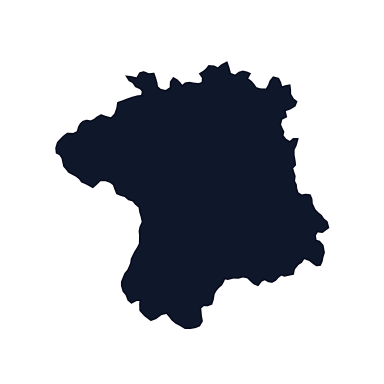 the district of Betim, Minas Gerais, Brazil, rotated 193°
{"feature_id": "56859067B86434852333511", "entity_name": "Betim", "entity_type": "district", "adm_level": 2, "iso_a3": "BRA", "parent_name": "Brazil", "parent_adm1": "Minas Gerais", "projection": "albers", "projection_center": [-44.196, -19.942], "detail": "fine", "context": "isolated", "style": "filled", "palette": "ink", "viewbox_px": 384, "rotation_deg": 193, "n_neighbors": 0, "source": "geoboundaries", "source_scale": "gbopen_adm2", "svg_char_len": 2958}
<svg xmlns="http://www.w3.org/2000/svg" viewBox="0 0 384 384"><g transform="rotate(193 192 192)"><path d="M226.0,70.3L221.9,73.9L218.1,74.9L217.5,70.9L215.9,64.9L210.3,61.0L206.8,59.4L203.2,57.8L198.8,60.7L194.6,65.7L189.5,68.3L185.2,65.1L182.7,63.0L178.2,60.7L173.5,59.5L168.2,57.7L163.1,58.8L158.2,60.9L154.7,63.4L153.1,68.5L155.2,73.3L156.3,76.8L157.7,80.8L155.2,84.2L151.5,84.8L147.7,87.3L147.3,92.0L147.7,97.7L146.6,101.4L144.8,105.0L142.4,108.1L141.4,111.6L140.8,115.0L137.4,115.1L132.4,117.7L127.6,118.6L123.4,120.9L118.7,121.1L115.1,118.9L111.2,116.7L106.7,115.9L104.4,120.9L101.4,123.2L97.4,122.0L93.8,122.2L90.9,124.8L89.0,128.3L86.4,131.4L83.0,131.0L79.5,132.7L74.9,134.8L75.1,139.8L72.4,145.4L69.6,148.2L68.1,152.6L62.1,151.9L57.4,149.6L54.1,148.4L50.6,149.6L49.8,153.8L50.0,158.0L49.6,162.7L52.5,169.4L56.8,172.5L60.4,172.7L62.3,177.5L61.0,181.6L56.0,182.1L51.0,188.0L53.8,193.3L57.7,195.2L60.8,198.1L64.3,199.8L68.2,202.3L72.4,207.6L73.8,212.1L76.3,215.6L80.6,215.2L84.5,213.5L88.7,215.0L91.1,219.1L92.2,222.5L94.8,225.6L95.3,230.6L97.6,234.3L99.6,237.9L97.4,241.6L98.9,245.8L101.0,250.7L102.3,256.1L101.2,260.9L100.9,267.6L105.3,266.6L107.9,262.9L112.5,264.3L116.3,267.4L116.3,271.3L118.5,273.9L121.1,277.4L121.1,283.2L117.0,286.5L119.8,292.2L115.2,295.1L111.1,299.1L110.4,303.6L114.2,305.3L118.1,309.4L119.2,313.8L120.8,318.1L124.9,316.3L128.2,314.3L130.5,318.6L133.3,322.0L138.6,322.2L140.7,317.8L141.3,313.2L142.7,308.8L148.6,307.6L153.1,307.9L156.1,310.7L159.3,313.0L163.7,314.9L162.1,320.4L165.6,321.0L169.6,321.0L173.0,319.1L176.2,315.3L181.3,316.0L184.3,321.6L187.2,326.3L191.7,322.4L194.6,318.4L198.8,319.5L204.0,318.7L205.6,315.1L207.6,312.3L211.0,309.0L207.3,305.7L206.5,301.0L209.7,298.9L214.6,298.3L219.3,298.0L222.9,296.6L225.6,293.1L228.1,295.4L231.7,297.7L235.8,299.0L237.6,294.5L236.5,288.7L240.3,284.7L245.8,284.7L249.5,286.7L250.9,290.3L253.2,294.5L255.9,298.9L260.6,297.2L266.1,298.1L269.6,296.2L271.3,290.5L277.3,290.5L281.8,290.0L278.2,286.5L274.3,285.5L270.6,282.1L265.4,281.1L262.7,278.8L262.7,274.5L266.4,273.3L271.5,270.6L276.0,267.8L280.2,264.9L284.3,262.4L283.9,256.7L284.6,250.6L287.5,245.8L293.1,246.0L297.9,246.6L301.3,243.5L303.5,240.6L306.7,238.2L310.8,238.0L314.1,236.1L316.0,233.2L317.0,229.8L317.2,225.0L320.7,222.1L326.6,221.0L329.9,217.0L331.9,213.7L334.0,210.1L334.4,204.2L332.8,199.6L329.2,198.8L326.1,195.8L324.3,192.0L322.6,188.3L319.5,186.1L316.6,183.7L312.7,182.6L308.7,181.6L304.6,179.7L301.7,177.1L298.0,176.5L294.1,175.5L289.7,174.2L287.0,178.0L284.0,182.6L278.9,183.8L273.7,183.2L270.1,181.5L267.4,177.2L264.9,173.6L260.6,172.9L256.3,172.7L252.1,170.4L247.7,170.2L243.9,167.3L240.0,165.4L238.2,160.8L235.8,156.6L233.5,151.6L234.6,146.3L234.5,142.1L233.0,137.7L231.4,129.6L232.6,125.1L234.2,120.5L235.9,113.2L235.5,108.7L236.1,105.2L236.9,101.4L238.9,97.4L239.6,93.0L240.3,88.6L239.4,84.8L236.6,79.8L233.0,77.1L229.9,72.4L226.0,70.3Z" fill="#0f172a" stroke="#020617" stroke-width="1.5"/></g></svg>